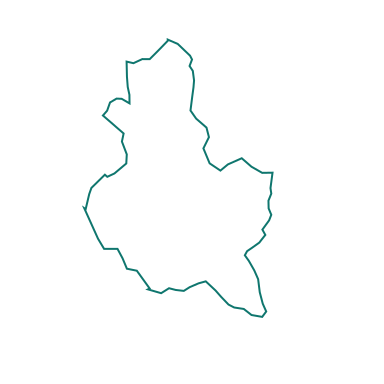 outline of Gimje-si, North Jeolla, South Korea, rotated 221°
{"feature_id": "91817680B35753357340942", "entity_name": "Gimje-si", "entity_type": "district", "adm_level": 2, "iso_a3": "KOR", "parent_name": "South Korea", "parent_adm1": "North Jeolla", "projection": "orthographic", "projection_center": [126.91, 35.788], "detail": "fine", "context": "isolated", "style": "outline", "palette": "teal", "viewbox_px": 384, "rotation_deg": 221, "n_neighbors": 0, "source": "geoboundaries", "source_scale": "gbopen_adm2", "svg_char_len": 1228}
<svg xmlns="http://www.w3.org/2000/svg" viewBox="0 0 384 384"><g transform="rotate(221 192 192)"><path d="M309.4,191.3L289.2,191.3L282.0,191.3L278.0,184.1L265.9,177.6L260.3,170.4L262.7,155.1L265.9,147.9L269.1,147.9L270.6,129.1L268.2,123.0L261.0,109.3L262.7,109.1L232.3,95.1L221.0,91.4L210.9,100.2L200.9,96.4L190.8,91.4L182.0,96.4L160.7,91.4L161.4,89.6L148.9,95.4L146.2,104.3L140.0,107.4L133.3,112.0L131.3,118.7L127.1,127.4L123.0,133.6L109.6,133.1L101.4,132.0L90.6,131.0L84.4,132.5L76.2,137.7L66.4,138.2L57.1,143.8L57.6,150.5L65.3,154.1L75.1,160.8L84.9,169.6L93.6,173.7L103.9,177.3L110.6,178.9L111.6,183.5L110.1,189.2L108.0,198.0L108.2,201.4L108.5,207.7L114.2,209.8L115.2,221.2L117.2,226.8L123.4,229.9L128.6,235.6L131.1,242.8L135.3,246.4L143.9,259.4L151.6,252.5L163.7,250.1L176.6,250.1L183.0,236.4L184.6,226.8L197.5,225.2L212.0,232.4L215.2,244.5L223.3,250.1L237.0,250.1L246.6,252.5L254.7,264.6L259.5,271.9L263.6,277.5L270.8,283.9L276.5,285.5L278.9,292.0L282.9,293.6L299.9,294.4L310.3,291.1L309.5,290.3L310.3,275.8L311.1,264.5L316.7,259.7L320.7,250.8L326.9,247.5L316.7,236.3L309.4,229.1L303.0,224.3L297.3,217.9L306.2,216.2L310.2,213.0L312.6,205.8L309.4,197.7L309.4,191.3Z" fill="none" stroke="#0f766e" stroke-width="2"/></g></svg>